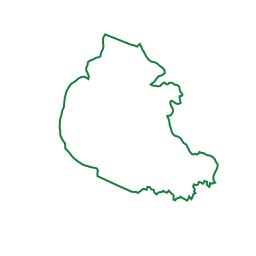 Piripá, Bahia, Brazil, rotated 151°
{"feature_id": "56859067B26394127127445", "entity_name": "Piripá", "entity_type": "district", "adm_level": 2, "iso_a3": "BRA", "parent_name": "Brazil", "parent_adm1": "Bahia", "projection": "equal_earth", "projection_center": [-41.743, -15.002], "detail": "fine", "context": "isolated", "style": "outline", "palette": "green", "viewbox_px": 256, "rotation_deg": 151, "n_neighbors": 0, "source": "geoboundaries", "source_scale": "gbopen_adm2", "svg_char_len": 2765}
<svg xmlns="http://www.w3.org/2000/svg" viewBox="0 0 256 256"><g transform="rotate(151 128 128)"><path d="M67.1,52.9L67.6,55.6L67.2,58.3L67.8,61.0L69.4,64.0L71.4,65.3L73.0,67.4L74.2,69.6L76.0,70.6L77.1,72.4L78.7,71.4L80.6,71.5L81.8,72.9L83.7,73.1L85.0,74.8L85.4,77.7L85.2,81.6L85.1,85.2L86.7,88.0L87.0,93.6L88.5,96.3L90.7,98.4L91.6,100.8L91.6,103.4L91.1,105.5L90.5,107.5L90.2,109.9L89.4,112.1L88.3,114.7L88.2,116.7L87.8,119.4L86.1,118.8L83.9,118.6L82.3,119.4L80.5,120.7L79.6,123.1L79.6,125.8L79.2,128.8L77.9,130.8L76.4,130.5L75.0,127.8L74.2,126.1L72.3,124.6L69.9,124.4L69.1,126.3L68.4,129.1L67.4,130.8L65.7,130.0L64.3,130.6L64.4,132.9L64.5,135.1L64.0,137.1L63.2,139.2L64.0,141.6L66.0,143.1L67.2,145.4L68.4,146.8L70.2,147.5L71.9,146.9L73.3,147.6L74.1,150.2L75.5,150.2L77.8,149.8L79.7,149.1L82.1,150.3L83.4,151.7L84.8,152.3L86.1,153.4L87.0,155.0L84.7,155.5L82.9,155.5L80.8,156.5L79.3,157.3L77.7,157.7L75.9,158.5L74.4,157.9L72.3,157.7L69.2,158.1L68.0,161.2L68.4,163.1L69.2,165.2L70.2,167.1L71.1,170.0L72.7,172.5L74.4,173.8L75.8,175.3L76.9,178.4L77.4,181.5L77.2,185.0L77.3,188.2L77.3,190.7L77.0,192.7L76.9,195.7L80.8,194.9L82.4,197.2L84.6,199.0L89.3,204.7L102.6,220.9L104.8,219.7L106.4,218.4L107.2,216.8L108.4,215.0L109.0,213.1L110.1,211.1L111.6,209.3L113.2,208.2L114.6,207.3L116.0,205.9L117.3,204.1L119.7,204.1L121.5,204.9L123.5,204.9L125.4,204.8L127.3,205.3L129.3,205.4L131.3,204.9L132.8,202.7L135.1,201.2L136.6,198.6L136.7,195.5L137.3,191.9L139.0,190.1L140.4,193.0L142.2,194.5L143.9,195.1L146.0,195.3L148.3,195.2L150.9,194.5L154.4,194.3L157.0,194.0L158.9,192.9L160.7,191.9L163.5,190.3L165.9,188.0L169.2,184.4L172.4,179.6L174.2,177.2L177.1,175.0L179.6,172.0L183.4,168.2L185.3,165.3L187.5,161.6L188.4,159.0L189.3,157.2L190.4,155.3L190.9,153.0L191.0,150.9L191.0,148.1L190.5,145.0L191.8,142.4L192.8,140.3L191.9,137.5L191.2,134.5L190.9,131.5L190.4,129.6L189.9,127.3L189.0,125.4L187.7,122.3L186.2,119.6L185.1,117.6L183.8,116.1L181.9,114.4L180.4,112.6L178.3,110.8L176.3,109.1L174.9,107.8L174.8,105.6L176.6,103.5L178.0,100.6L162.6,79.6L155.3,70.1L154.0,69.3L151.9,68.2L150.7,66.3L148.7,66.7L146.3,66.9L144.4,67.4L143.0,66.5L141.7,65.0L139.5,67.0L137.8,66.1L137.3,62.9L135.5,61.5L136.2,59.0L135.4,56.2L132.3,56.8L129.5,55.6L127.9,56.1L126.5,53.8L125.0,52.5L122.7,53.4L121.7,49.9L120.8,47.1L121.6,45.3L123.0,43.3L121.5,41.8L119.8,42.9L117.1,42.0L115.4,42.5L114.6,40.6L112.9,38.4L111.5,35.9L109.6,36.6L107.7,38.5L107.0,35.1L105.1,36.4L102.8,38.5L100.6,38.3L101.0,40.3L99.3,41.8L99.4,45.4L97.5,46.7L96.2,45.1L94.3,44.6L92.2,46.4L90.5,44.9L89.6,42.9L88.2,43.5L86.8,44.6L85.0,42.6L86.5,40.3L85.5,37.1L83.9,38.4L83.0,40.1L81.5,38.6L78.3,38.0L78.6,40.5L77.8,42.4L76.4,44.7L74.1,46.4L72.0,48.0L70.5,48.9L68.7,50.4L67.1,52.9Z" fill="none" stroke="#15803d" stroke-width="2"/></g></svg>